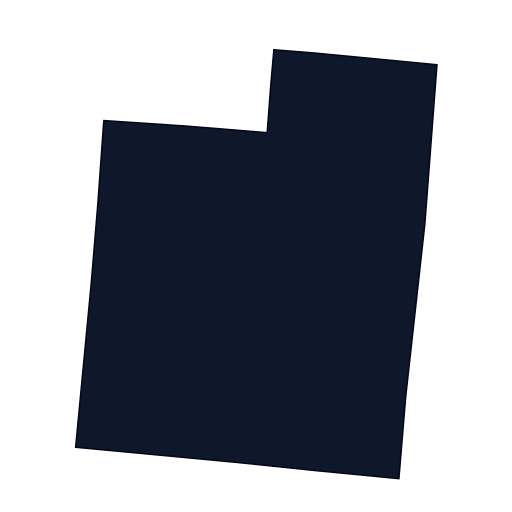 outline of Genesee, Michigan, United States of America, rotated 186°
{"feature_id": "52423323B57804911654438", "entity_name": "Genesee", "entity_type": "district", "adm_level": 2, "iso_a3": "USA", "parent_name": "United States of America", "parent_adm1": "Michigan", "projection": "albers", "projection_center": [-83.695, 43.002], "detail": "fine", "context": "isolated", "style": "filled", "palette": "ink", "viewbox_px": 512, "rotation_deg": 186, "n_neighbors": 0, "source": "geoboundaries", "source_scale": "gbopen_adm2", "svg_char_len": 366}
<svg xmlns="http://www.w3.org/2000/svg" viewBox="0 0 512 512"><g transform="rotate(186 256 256)"><path d="M96.0,465.1L218.4,464.0L259.8,463.0L259.2,428.7L257.8,379.8L339.8,377.9L421.4,374.8L421.4,370.9L418.8,292.7L417.0,210.6L415.4,46.9L253.5,48.7L171.6,48.8L90.6,49.5L92.4,132.3L91.4,305.3L96.0,465.1Z" fill="#0f172a" stroke="#020617" stroke-width="1.5"/></g></svg>